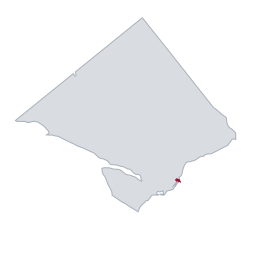 location of Rashid, Al Buhayrah, Egypt, rotated 141°
{"feature_id": "37247803B15072818430421", "entity_name": "Rashid", "entity_type": "district", "adm_level": 2, "iso_a3": "EGY", "parent_name": "Egypt", "parent_adm1": "Al Buhayrah", "projection": "robinson", "projection_center": [30.428, 31.379], "detail": "fine", "context": "in_parent", "style": "filled", "palette": "rose", "viewbox_px": 256, "rotation_deg": 141, "n_neighbors": 0, "source": "geoboundaries", "source_scale": "gbopen_adm2", "svg_char_len": 3711}
<svg xmlns="http://www.w3.org/2000/svg" viewBox="0 0 256 256"><g transform="rotate(141 128 128)"><path d="M210.8,204.7L206.3,204.7L201.8,204.7L197.3,204.7L192.8,204.7L188.3,204.7L183.8,204.7L179.2,204.7L174.7,204.7L170.2,204.7L165.7,204.7L161.2,204.7L156.7,204.7L152.2,204.7L147.7,204.7L143.2,204.7L138.7,204.7L136.1,204.7L136.6,203.3L136.8,202.3L136.5,201.6L135.6,201.4L135.1,201.7L133.7,204.6L133.0,204.7L131.4,204.7L126.2,204.7L120.9,204.7L115.7,204.7L110.4,204.7L105.2,204.7L99.9,204.7L94.7,204.7L89.4,204.7L84.2,204.7L79.0,204.7L73.7,204.7L68.5,204.7L63.2,204.7L58.0,204.7L52.7,204.7L47.5,204.7L47.5,201.2L47.5,197.6L47.6,194.0L47.6,190.5L47.6,186.9L47.7,183.3L47.7,179.8L47.7,176.2L47.8,172.6L47.8,169.0L47.8,165.5L47.8,161.9L47.9,158.3L47.9,154.8L48.0,151.2L48.0,147.6L48.1,144.1L48.1,140.5L48.1,136.9L48.2,133.4L48.2,129.8L48.3,126.2L48.3,122.7L48.4,119.1L48.4,115.5L48.5,112.0L48.5,108.4L48.5,104.8L48.6,101.3L48.6,97.7L48.7,94.1L48.7,90.5L48.6,89.9L47.9,87.5L47.3,84.4L46.6,80.6L46.5,79.4L45.3,75.5L45.2,74.4L45.5,73.6L47.6,70.3L48.3,68.7L48.8,66.8L49.0,65.2L48.4,62.8L47.8,60.7L47.6,58.5L47.5,56.3L48.6,54.9L49.9,53.5L50.3,52.6L51.1,51.7L51.6,51.3L52.6,53.2L54.7,53.5L61.5,51.8L69.1,53.5L73.2,54.2L79.7,55.7L83.5,58.3L84.6,58.6L87.4,58.6L89.3,60.1L96.6,60.9L100.5,62.6L102.7,63.9L104.1,64.4L105.3,64.3L106.9,63.8L108.9,62.8L111.1,61.5L115.6,58.0L117.2,57.4L118.3,57.6L119.5,57.6L120.1,56.6L120.7,56.0L121.2,55.3L121.9,54.4L124.2,54.1L128.9,52.7L128.4,53.4L124.1,55.0L125.9,55.2L127.8,54.7L130.0,54.3L130.4,53.6L130.7,52.3L131.1,52.1L132.6,52.3L137.0,54.4L138.1,54.4L141.2,53.3L141.9,53.1L142.9,53.7L145.2,56.2L144.4,56.2L141.9,54.0L141.7,55.1L140.3,57.0L142.1,57.8L143.5,58.2L144.3,59.2L144.8,60.2L146.2,59.8L147.2,58.5L146.6,57.7L146.3,57.0L146.7,57.0L147.7,57.6L150.5,60.1L151.5,60.6L152.6,60.5L154.9,59.8L155.5,59.9L158.5,59.0L158.9,59.7L159.4,60.3L161.9,59.6L165.8,59.6L168.9,58.8L172.6,56.8L172.9,56.5L173.1,57.0L173.5,58.3L174.7,61.7L175.7,64.4L176.9,68.1L177.3,69.5L177.5,70.5L179.3,74.5L180.3,77.8L181.1,80.5L182.2,84.5L182.7,85.9L182.0,86.6L180.5,89.1L178.9,97.3L176.7,103.7L176.5,107.6L176.1,109.1L175.0,111.1L173.7,113.1L171.3,112.0L167.4,108.6L165.2,105.3L162.7,103.1L160.4,100.3L159.8,98.3L159.8,97.0L158.8,93.8L158.1,92.3L155.3,88.9L154.5,87.1L153.9,86.3L153.2,85.1L152.2,80.8L151.1,78.0L149.9,78.7L150.1,79.9L149.0,81.5L148.3,83.4L148.9,85.0L151.1,87.3L151.6,88.3L152.1,90.5L152.1,93.6L152.4,94.6L154.2,96.8L154.8,98.2L155.1,99.3L155.7,100.3L157.4,102.3L159.9,106.0L162.2,108.5L163.8,109.7L164.6,110.9L164.7,114.1L164.6,115.6L166.1,118.4L166.7,119.8L168.1,121.0L168.7,122.3L169.4,124.4L170.3,130.8L171.5,132.4L175.4,140.7L178.7,146.0L180.3,150.0L182.7,154.8L187.4,165.3L190.3,168.6L191.4,170.4L193.4,171.8L195.6,173.9L193.5,173.7L193.0,173.8L192.3,174.1L191.9,175.4L191.8,176.4L192.1,181.7L192.7,184.5L194.5,189.6L195.9,191.2L196.6,192.2L197.5,192.9L201.9,194.7L204.5,198.4L210.2,203.1L210.8,204.4L210.8,204.7Z" fill="#d9dde1" stroke="#a8b0b8" stroke-width="1"/><path d="M123.5,57.4L123.5,57.2L123.5,56.9L123.5,56.7L123.5,56.4L123.4,56.4L123.2,56.2L122.9,56.2L122.9,56.3L122.7,56.3L122.7,56.2L122.6,55.9L122.5,55.7L122.4,55.7L122.2,55.7L122.2,55.4L122.3,55.3L122.3,55.2L122.3,54.9L122.2,54.8L122.2,54.7L121.9,54.7L121.7,54.6L121.6,54.4L121.4,54.2L121.3,53.9L121.2,53.8L121.2,53.7L121.1,53.8L121.2,54.0L121.3,54.0L121.3,54.3L121.4,54.5L121.3,54.8L121.2,54.9L121.2,55.0L121.1,55.3L121.0,55.5L120.9,55.7L121.0,55.7L121.2,55.9L121.6,56.2L121.7,56.3L121.8,56.3L121.9,56.5L121.9,56.8L122.0,56.8L122.0,57.0L122.1,57.3L122.2,57.2L122.3,57.2L122.5,57.1L122.6,57.3L122.8,57.4L122.8,57.5L123.0,57.6L123.2,57.4L123.3,57.4L123.5,57.4Z" fill="#f43f5e" stroke="#9f1239" stroke-width="1.5"/></g></svg>